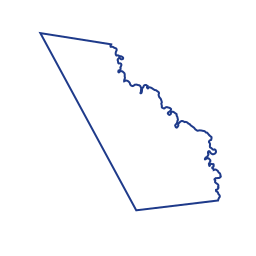 the district of Puerto Alegría, Amazonas, Colombia, rotated 189°
{"feature_id": "7082276B15256258741932", "entity_name": "Puerto Alegría", "entity_type": "district", "adm_level": 2, "iso_a3": "COL", "parent_name": "Colombia", "parent_adm1": "Amazonas", "projection": "orthographic", "projection_center": [-73.853, -0.95], "detail": "fine", "context": "isolated", "style": "outline", "palette": "blue", "viewbox_px": 256, "rotation_deg": 189, "n_neighbors": 0, "source": "geoboundaries", "source_scale": "gbopen_adm2", "svg_char_len": 5668}
<svg xmlns="http://www.w3.org/2000/svg" viewBox="0 0 256 256"><g transform="rotate(189 128 128)"><path d="M229.4,208.0L107.0,48.0L27.7,70.5L27.7,71.1L27.4,72.5L27.2,73.2L26.9,73.7L26.6,74.4L26.7,75.0L26.8,75.4L27.3,76.1L28.5,77.1L28.7,77.5L29.0,78.2L29.3,78.6L30.0,79.0L31.0,79.3L31.4,80.3L31.4,80.7L31.2,80.8L30.2,81.3L29.9,81.7L29.6,82.2L29.3,82.9L29.3,83.2L29.4,83.5L29.8,83.7L29.9,83.8L29.6,84.8L29.7,85.2L29.9,85.7L30.1,86.1L30.5,86.4L31.0,86.7L32.6,87.5L33.5,88.1L33.6,88.4L33.6,89.9L34.0,90.5L34.5,90.6L34.5,90.8L34.5,91.1L34.3,91.4L33.3,92.3L32.4,92.3L31.4,92.7L30.5,92.8L30.2,92.9L29.7,93.4L29.4,93.6L29.2,93.7L28.9,94.2L28.8,94.7L28.8,94.9L29.2,95.2L29.5,96.5L29.9,97.2L30.6,97.9L31.3,98.1L31.5,98.3L32.3,99.2L32.5,99.6L33.2,100.0L33.7,100.2L34.5,100.6L35.0,100.7L35.5,100.6L36.6,100.0L36.6,100.4L36.8,100.6L37.2,100.7L37.7,101.1L38.1,101.2L38.5,101.6L38.6,101.9L38.6,102.2L37.8,102.8L37.5,103.3L37.5,104.2L37.6,104.9L37.8,105.5L38.0,105.6L38.3,105.7L38.6,105.5L39.0,105.4L39.6,105.6L40.2,105.5L40.5,105.4L40.8,105.2L41.0,104.9L41.4,103.4L41.5,103.3L41.8,103.4L42.0,103.8L42.5,105.2L42.5,105.4L42.4,105.6L42.1,106.1L42.0,106.9L41.5,107.6L41.6,108.9L41.7,109.1L42.0,109.4L42.7,109.9L43.4,110.5L43.8,110.6L44.2,110.6L44.5,110.6L45.4,110.2L46.0,109.8L46.6,109.2L46.9,109.1L47.1,109.1L47.2,109.4L47.1,109.8L46.7,110.9L46.5,111.0L45.9,111.5L45.1,112.0L45.0,112.3L45.0,112.8L44.5,114.0L44.4,114.5L45.0,115.5L45.2,116.5L45.1,117.2L44.7,117.7L44.3,117.8L43.8,117.7L43.6,117.6L43.3,117.0L43.1,116.7L42.4,116.2L41.3,115.6L40.6,115.4L40.2,115.3L39.2,115.6L38.0,116.5L37.8,116.8L37.4,117.7L37.4,118.5L37.9,119.7L38.5,120.2L39.2,120.4L39.9,120.0L40.6,120.0L41.0,120.1L42.1,120.9L42.5,121.2L43.9,121.7L44.0,121.9L44.2,122.4L44.3,122.9L44.4,124.6L44.5,125.1L45.0,125.9L45.8,126.7L45.9,127.2L45.8,127.6L45.5,128.3L45.2,128.6L44.1,129.2L44.0,129.3L43.9,131.3L44.1,131.8L44.3,132.3L44.9,132.5L45.3,132.8L45.8,133.0L46.1,133.2L46.7,133.6L46.7,133.8L47.7,134.5L48.2,135.0L48.4,135.2L49.0,135.7L49.3,135.8L50.2,135.7L51.4,136.6L52.2,136.9L53.9,136.9L54.7,137.0L55.2,137.0L56.9,136.9L57.5,136.7L58.7,136.2L59.4,136.3L60.0,136.6L61.3,137.2L62.8,138.6L64.4,139.4L66.4,140.4L66.9,140.7L67.1,141.0L67.5,141.3L67.7,141.5L69.1,141.8L69.9,142.5L70.9,142.9L71.1,142.9L71.5,143.0L72.3,143.0L72.9,142.8L73.1,142.7L74.2,143.2L75.3,143.4L76.0,143.3L76.3,143.2L77.2,142.5L77.8,141.8L78.0,141.4L78.9,140.3L79.0,139.8L79.0,139.3L78.7,138.6L78.7,138.2L79.1,137.1L79.6,136.3L79.9,136.0L80.2,136.0L80.5,136.1L80.9,136.3L81.2,136.7L81.6,137.5L81.8,137.7L81.8,137.8L81.7,138.4L81.4,138.9L80.6,140.1L80.4,141.0L80.2,142.1L80.3,142.3L80.3,142.7L80.0,143.5L80.0,143.9L80.1,144.5L80.4,145.0L80.9,146.5L81.9,147.8L81.9,148.3L82.1,148.6L82.1,148.9L82.2,149.1L82.3,149.4L82.7,149.6L83.5,149.9L84.9,150.7L86.0,151.1L86.6,151.1L87.1,150.8L87.6,150.3L87.8,149.9L87.9,149.6L87.9,148.6L88.1,148.3L88.4,147.9L88.9,147.6L89.2,147.4L89.5,147.5L90.2,147.8L90.7,148.3L91.0,148.8L90.9,149.2L90.7,149.7L89.7,150.6L88.9,151.5L88.6,152.0L88.4,152.8L88.4,153.4L88.6,153.6L89.3,154.1L90.3,154.4L90.9,154.5L91.5,154.5L92.4,154.7L93.4,154.6L93.7,154.4L94.1,154.2L94.6,153.7L95.0,153.1L95.5,152.9L96.1,153.0L97.6,153.5L97.9,153.9L98.0,154.2L97.9,154.6L98.2,155.7L98.5,156.2L98.7,156.8L98.9,157.2L98.8,157.7L98.6,158.6L98.8,159.1L98.9,159.5L99.4,160.4L100.0,161.6L100.6,162.3L101.9,163.3L102.2,164.0L102.6,164.5L103.0,165.7L103.0,166.1L102.8,166.9L102.9,167.5L103.3,168.1L103.7,168.4L104.8,168.9L105.3,169.2L106.0,169.6L106.6,169.7L107.7,169.7L108.1,169.9L109.3,170.4L109.6,170.6L110.2,170.8L111.0,171.3L111.8,171.4L112.9,171.6L113.3,171.6L113.6,171.5L114.0,171.1L114.4,170.3L114.5,170.2L115.4,170.7L115.6,171.0L115.6,171.5L115.3,171.9L115.2,172.1L115.2,172.6L115.9,172.8L116.6,173.2L117.1,173.3L117.5,173.2L118.5,172.8L118.7,172.5L119.1,171.7L119.2,171.4L119.3,170.6L119.6,170.2L120.1,169.8L120.1,169.6L120.2,168.9L120.0,166.6L120.1,165.1L120.3,164.6L120.7,164.3L121.0,164.3L121.2,164.5L121.0,164.9L120.9,165.6L121.1,167.4L121.1,168.7L121.2,169.4L121.5,169.9L122.2,171.0L122.5,171.4L123.4,171.9L123.8,172.0L124.3,171.9L125.4,172.1L126.4,172.2L126.8,172.1L127.1,172.0L127.9,171.9L128.1,171.7L128.4,171.4L128.7,171.1L129.2,170.5L129.9,170.2L130.2,170.1L130.5,170.2L131.3,170.3L132.1,170.8L132.7,171.5L133.3,172.7L133.7,173.2L134.2,173.6L135.3,174.3L136.5,174.6L137.5,174.6L138.3,174.1L138.9,173.6L139.1,173.5L139.2,173.8L139.2,175.1L139.1,175.5L138.9,176.4L138.9,177.3L139.4,178.6L139.5,179.7L139.7,180.7L140.1,181.5L140.7,182.0L141.4,182.4L141.9,182.8L142.3,183.0L142.8,183.1L144.0,183.0L144.4,182.8L144.7,182.7L145.1,182.3L145.3,181.8L145.7,181.5L146.2,181.7L146.4,182.1L146.4,182.5L146.3,183.3L145.7,183.6L145.4,183.8L145.2,183.8L144.9,183.9L144.6,184.6L144.6,185.6L145.0,186.4L144.9,187.1L144.7,187.3L144.7,187.6L144.4,188.8L144.4,189.1L144.5,189.7L144.9,190.3L145.5,190.6L146.2,190.6L147.1,190.3L147.3,190.3L147.7,190.6L148.0,191.2L148.1,191.6L148.4,192.6L148.9,193.5L148.9,193.8L148.8,194.3L148.4,194.9L148.3,195.0L147.9,195.7L147.1,195.8L146.8,195.6L145.8,194.9L145.1,194.8L144.9,194.9L144.5,195.0L144.2,195.2L143.8,195.5L143.7,196.2L143.8,196.6L144.1,196.9L144.4,197.1L145.5,197.6L145.9,197.7L146.7,197.7L147.8,197.7L148.1,197.7L148.2,197.9L148.4,198.0L149.2,198.2L149.8,198.1L150.3,197.8L150.6,197.8L150.8,197.8L151.1,198.1L151.4,198.4L151.5,198.7L151.6,198.8L151.8,199.5L151.9,200.1L151.9,200.6L151.8,201.7L151.7,202.0L151.4,202.7L151.4,203.1L151.5,203.8L151.7,204.2L152.0,204.5L152.4,204.8L154.3,205.1L154.5,205.3L154.9,205.5L155.6,205.7L156.4,205.8L157.0,205.8L157.4,205.5L157.8,205.5L158.2,206.3L158.2,207.0L158.0,207.5L157.6,207.9L157.6,208.0L229.4,208.0Z" fill="none" stroke="#1e3a8a" stroke-width="2"/></g></svg>